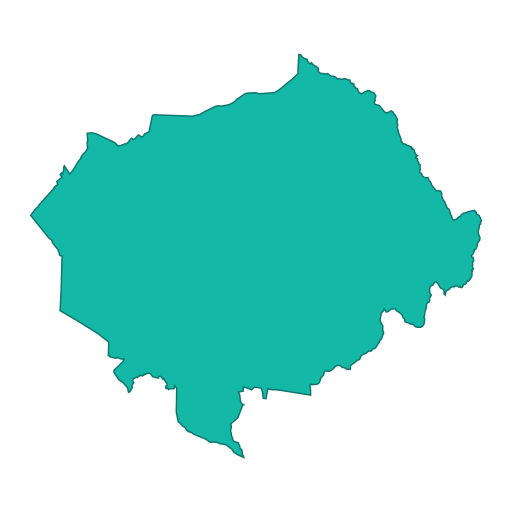 Turbaco, Bolívar, Colombia (Robinson projection)
{"feature_id": "7082276B46963019811413", "entity_name": "Turbaco", "entity_type": "district", "adm_level": 2, "iso_a3": "COL", "parent_name": "Colombia", "parent_adm1": "Bolívar", "projection": "robinson", "projection_center": [-75.373, 10.349], "detail": "fine", "context": "isolated", "style": "filled", "palette": "teal", "viewbox_px": 512, "rotation_deg": 0, "n_neighbors": 0, "source": "geoboundaries", "source_scale": "gbopen_adm2", "svg_char_len": 6022}
<svg xmlns="http://www.w3.org/2000/svg" viewBox="0 0 512 512"><path d="M445.2,295.0L445.3,293.5L446.5,291.0L447.3,290.2L448.9,289.6L450.4,287.6L452.5,286.8L454.3,286.7L454.8,286.2L456.2,285.9L457.3,286.0L458.7,287.1L460.1,287.0L460.9,287.5L461.8,287.5L462.9,286.1L463.4,284.3L464.5,284.5L466.1,283.3L467.6,280.5L468.3,281.2L468.8,280.9L471.5,277.1L472.0,275.0L471.9,272.3L472.3,271.1L471.8,270.0L473.0,269.7L473.5,268.8L472.3,266.7L472.7,264.5L472.4,262.2L473.5,261.5L473.6,260.6L473.2,257.5L471.6,257.1L471.5,255.6L473.4,253.3L474.2,251.2L473.8,250.2L475.7,249.3L477.3,245.4L477.3,243.4L479.6,240.3L480.0,237.8L478.7,234.6L478.1,231.2L479.1,228.1L479.3,225.0L480.6,224.1L480.4,222.2L481.1,221.6L481.3,220.2L479.1,215.5L476.4,214.0L476.2,212.2L474.9,211.3L474.6,210.3L467.8,211.8L465.1,213.1L463.3,213.3L461.3,214.9L460.3,216.4L458.5,217.1L456.6,219.2L453.3,220.4L452.0,218.4L451.7,215.9L450.7,215.1L449.5,210.2L449.0,209.3L447.1,207.8L444.5,201.5L443.2,200.1L441.7,196.1L441.7,193.8L441.2,191.9L440.5,191.0L435.9,190.5L431.9,185.5L430.4,181.6L429.4,181.2L427.9,177.5L425.3,177.8L423.9,177.1L421.9,175.5L421.9,174.1L421.2,173.4L419.9,172.7L419.7,171.4L420.2,169.8L420.0,166.1L420.3,165.0L418.5,163.8L418.6,162.2L417.3,160.6L417.7,159.6L417.4,158.6L416.7,158.0L415.4,157.8L415.8,157.0L417.3,155.7L416.3,155.2L416.2,154.5L415.3,153.8L415.1,152.8L414.4,152.3L414.6,151.0L414.4,150.2L413.2,149.5L412.6,148.1L412.2,148.2L412.1,149.0L411.6,148.9L411.1,146.6L409.4,146.4L408.6,145.5L407.6,145.6L405.6,144.2L402.8,143.7L401.7,141.7L400.9,141.4L401.1,139.1L398.7,133.2L398.0,129.8L397.0,127.2L397.7,125.1L397.0,122.6L397.5,119.7L395.2,115.0L394.0,114.2L393.2,112.1L392.5,112.0L391.4,110.9L386.9,112.9L385.0,112.4L379.3,105.5L374.9,104.3L374.1,102.0L374.3,101.3L375.1,101.0L375.0,98.3L375.9,96.0L374.3,93.3L372.8,92.3L371.4,92.4L369.5,90.7L367.4,90.5L366.5,91.4L364.8,91.7L362.3,93.6L360.9,93.8L358.5,91.9L357.1,88.5L355.5,88.1L354.8,86.6L353.7,86.1L353.9,84.3L353.6,83.5L351.4,83.5L350.9,83.0L349.7,79.9L348.0,80.0L345.6,78.6L341.0,79.3L339.2,78.7L337.5,79.0L335.6,77.2L333.2,76.2L331.4,76.2L327.3,73.5L326.0,74.2L325.6,73.9L324.4,74.0L322.8,73.4L320.5,73.4L318.5,71.7L318.0,70.1L318.5,69.4L318.5,68.8L317.9,67.8L317.0,67.5L316.1,66.2L314.7,65.8L312.5,64.1L311.6,62.7L310.2,64.0L307.7,61.5L307.0,59.2L304.2,58.5L302.1,56.9L300.8,54.9L298.9,54.5L298.0,69.0L298.1,73.4L292.3,79.2L286.7,83.4L282.3,87.4L276.6,91.6L275.1,92.3L273.9,92.7L259.2,93.8L255.8,92.8L249.8,92.9L245.3,93.6L237.0,99.2L234.4,101.9L229.1,104.7L221.8,106.1L218.0,105.8L215.5,106.3L204.9,111.5L200.0,114.4L192.3,116.2L154.5,114.8L153.1,115.0L152.2,116.3L149.1,131.8L144.5,134.1L143.4,136.0L142.1,136.9L141.2,136.9L138.9,135.0L137.8,135.5L134.3,139.4L133.5,139.4L131.8,138.3L131.2,138.4L127.0,143.6L124.5,144.0L119.9,145.9L117.9,145.8L114.6,142.5L96.2,133.8L91.6,132.8L87.2,133.3L87.7,140.6L87.7,141.5L87.2,141.7L87.5,148.5L85.3,152.1L82.4,155.0L81.0,157.1L81.3,157.5L80.7,158.5L78.4,161.3L73.6,169.3L69.9,174.1L64.5,166.1L64.2,167.5L63.8,167.0L63.5,168.0L64.1,168.2L62.7,173.8L61.4,172.9L60.2,174.8L62.1,177.2L56.8,181.5L57.7,184.4L54.2,187.3L54.5,187.7L38.9,205.1L38.2,206.6L35.8,208.6L30.7,215.4L48.7,237.8L52.0,240.4L52.4,242.6L58.0,249.7L58.2,250.9L59.2,252.7L59.6,255.1L60.5,255.8L62.1,255.8L61.1,291.5L60.1,310.7L77.0,320.5L97.5,333.3L108.8,342.1L108.3,355.4L109.6,355.7L109.9,356.8L116.0,358.3L116.9,357.4L121.4,359.1L124.2,358.9L123.2,361.3L122.4,362.2L114.5,369.8L113.8,371.4L113.9,372.3L118.9,379.8L122.8,382.4L127.1,387.2L127.6,388.3L128.6,392.3L129.7,391.9L132.1,387.9L132.3,387.4L131.9,385.4L133.7,382.6L132.7,380.8L133.3,378.6L136.8,377.2L137.6,377.5L137.9,376.6L139.9,375.8L140.2,375.1L140.9,375.7L141.5,375.4L142.4,376.0L143.9,375.0L144.2,374.0L145.4,374.3L145.7,373.8L147.3,373.6L148.6,372.8L150.6,373.9L152.5,376.5L155.5,377.6L158.6,378.0L158.6,376.3L160.3,376.4L161.4,376.9L161.5,377.7L162.3,378.0L163.2,379.5L163.9,378.7L164.9,380.8L167.2,383.8L167.1,385.3L165.8,386.1L165.9,388.3L166.8,388.7L167.6,388.1L168.6,389.5L169.1,388.8L173.2,388.8L174.3,388.2L174.5,385.7L176.7,388.0L176.3,412.3L178.2,421.7L180.2,423.3L182.8,426.3L184.4,426.9L185.8,428.6L186.5,430.0L188.3,431.6L191.3,432.4L193.6,434.1L205.7,439.1L209.9,442.1L216.7,442.1L219.9,443.7L225.6,444.5L231.8,449.1L233.9,452.4L237.5,454.6L243.8,457.5L243.4,455.9L242.2,454.4L242.2,451.6L241.6,449.7L240.0,448.2L239.5,445.3L238.5,444.1L238.6,443.2L237.7,442.4L234.5,441.8L232.4,439.4L232.7,438.2L231.6,436.4L231.2,433.0L230.6,431.5L231.3,426.9L231.2,425.2L230.4,424.1L237.8,417.8L242.6,405.4L243.7,404.8L241.9,403.7L240.6,401.8L239.6,394.4L238.5,392.0L243.3,391.1L243.1,386.9L248.0,388.2L251.6,389.9L254.1,387.1L261.5,388.1L262.6,393.0L263.3,398.2L266.0,398.7L267.8,388.9L273.5,389.9L274.4,389.6L279.3,390.1L310.6,395.1L310.5,389.1L310.0,386.2L310.4,384.4L314.4,384.6L316.6,384.3L318.4,383.5L319.5,382.4L320.8,378.2L323.5,375.0L324.6,371.4L325.4,371.0L329.0,371.2L330.3,370.9L333.6,368.4L335.3,366.6L337.9,365.2L338.8,365.1L341.6,366.5L342.2,367.6L344.1,367.5L346.9,369.3L350.2,369.3L350.5,365.8L351.7,364.5L355.5,362.0L356.6,360.6L359.5,359.5L361.3,355.4L363.0,354.3L365.7,353.5L368.7,351.0L370.7,351.2L372.1,350.0L372.8,348.8L374.2,348.7L375.9,347.5L377.9,344.0L378.9,342.9L380.0,340.3L381.4,339.0L383.5,333.3L383.6,332.3L383.0,331.0L382.7,328.9L382.8,326.0L380.6,322.0L380.1,318.9L381.4,313.0L384.0,310.1L384.2,309.1L384.9,309.7L386.4,312.1L388.4,311.4L390.8,309.1L395.2,308.7L396.4,310.8L398.7,312.0L402.0,314.7L403.0,317.5L403.9,318.2L404.7,319.7L404.9,321.2L405.5,322.0L408.6,323.0L410.0,323.9L413.5,324.4L414.8,326.2L415.9,326.9L417.8,327.3L421.1,327.2L421.7,326.4L422.7,326.0L423.9,324.3L424.7,319.9L424.7,318.7L424.0,316.8L424.6,315.3L424.9,311.5L426.1,308.5L426.6,304.1L428.1,302.3L429.2,302.0L429.7,300.1L429.3,298.3L431.2,295.5L431.3,295.1L429.7,292.8L429.5,291.9L429.8,290.7L429.5,289.3L430.1,286.5L431.5,285.5L433.2,284.9L434.6,281.9L436.3,282.0L437.7,283.4L440.5,288.0L443.5,289.4L444.2,291.8L444.0,293.8L445.2,295.0Z" fill="#14b8a6" stroke="#0f766e" stroke-width="1.5"/></svg>